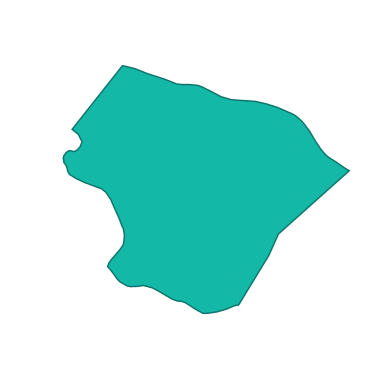 La Haut, Laborie, Saint Lucia (Mercator projection), rotated 294°
{"feature_id": "8701671B91946398565623", "entity_name": "La Haut", "entity_type": "district", "adm_level": 2, "iso_a3": "LCA", "parent_name": "Saint Lucia", "parent_adm1": "Laborie", "projection": "mercator", "projection_center": [-61.001, 13.792], "detail": "fine", "context": "isolated", "style": "filled", "palette": "teal", "viewbox_px": 384, "rotation_deg": 294, "n_neighbors": 0, "source": "geoboundaries", "source_scale": "gbopen_adm2", "svg_char_len": 2299}
<svg xmlns="http://www.w3.org/2000/svg" viewBox="0 0 384 384"><g transform="rotate(294 192 192)"><path d="M172.8,60.2L172.4,60.5L170.6,60.5L168.7,62.1L167.7,62.5L167.1,62.7L164.8,66.6L160.1,70.4L158.7,72.3L158.2,73.0L158.1,73.7L157.2,80.4L157.1,86.1L157.0,90.0L157.6,99.4L157.8,103.8L158.2,107.6L157.8,109.2L156.8,113.3L152.0,121.0L147.9,125.4L145.4,128.2L141.7,132.3L138.6,135.8L136.8,137.6L132.7,141.6L131.2,143.5L130.8,144.0L125.2,147.8L121.1,149.2L118.7,150.0L118.2,150.1L115.8,150.6L110.8,149.8L97.4,145.8L93.7,145.0L89.7,145.2L89.4,145.7L88.6,147.3L86.7,151.1L85.9,152.6L85.7,152.9L85.5,153.3L85.3,153.7L84.9,154.2L83.8,156.3L83.5,156.7L82.8,157.7L80.8,162.1L80.4,164.8L80.4,165.2L80.1,168.1L79.9,170.2L79.9,170.6L80.0,171.9L80.4,173.9L80.7,174.5L81.3,175.7L82.7,178.7L83.7,180.8L86.7,185.3L86.9,186.5L87.6,190.0L88.3,194.7L88.2,197.2L87.7,203.2L87.2,206.9L86.5,213.6L86.4,213.9L86.1,216.7L86.2,218.3L86.2,220.1L86.7,224.0L87.6,225.7L88.2,230.3L87.9,232.8L87.5,235.7L86.8,239.9L86.4,242.1L86.3,244.1L86.0,245.4L86.0,245.7L85.9,248.4L85.7,251.2L86.2,252.6L86.5,253.4L87.6,255.6L89.6,258.9L90.5,260.2L92.6,263.5L93.0,264.0L97.7,269.6L98.4,270.4L100.0,272.1L100.7,272.7L103.0,274.8L104.6,276.3L104.9,276.4L106.5,278.7L106.9,279.1L107.1,279.4L107.6,280.5L126.1,282.9L165.5,288.0L183.5,288.0L189.0,288.1L275.4,327.0L275.8,323.2L275.8,322.9L276.7,318.0L277.6,313.3L277.8,312.2L277.9,311.9L278.4,308.5L279.0,304.1L279.1,303.6L280.0,299.9L280.6,298.6L281.5,296.3L283.7,291.9L286.4,287.7L288.7,284.0L289.8,282.5L292.3,279.0L293.6,277.1L294.1,276.4L295.2,275.0L296.1,273.3L299.6,267.1L300.4,265.5L301.3,263.6L302.5,259.9L303.7,255.9L304.0,253.6L304.1,252.4L304.0,235.1L303.3,229.2L302.7,224.1L302.2,221.5L301.7,218.8L301.1,216.0L300.6,213.3L297.9,205.7L295.1,198.2L292.3,190.3L291.2,182.5L290.9,179.9L291.0,177.5L291.2,174.8L291.6,169.2L291.9,161.4L292.1,159.7L292.1,159.3L292.0,158.0L291.8,154.2L289.1,146.0L288.8,145.3L286.3,139.7L285.5,137.3L284.4,134.0L284.2,128.0L283.9,121.0L283.3,115.4L282.9,111.3L282.3,106.3L281.9,102.0L281.9,101.2L281.7,94.9L281.4,89.3L280.1,82.0L279.1,77.1L200.5,57.0L200.1,58.5L199.5,61.0L198.3,64.9L196.0,67.6L193.2,71.1L187.7,71.4L183.1,69.7L181.1,68.1L180.2,64.3L179.9,63.1L178.0,61.6L176.6,60.9L172.8,60.2Z" fill="#14b8a6" stroke="#0f766e" stroke-width="1.5"/></g></svg>